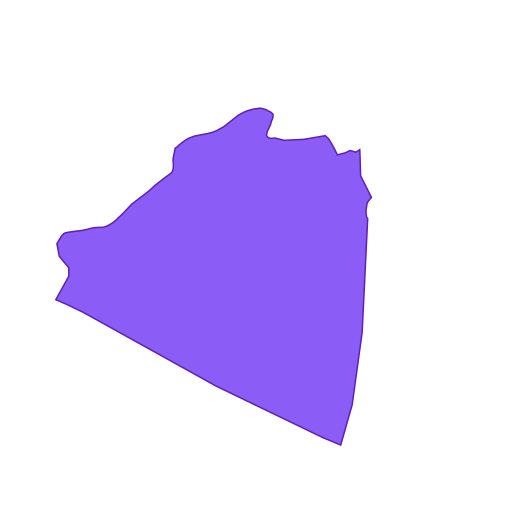 outline of Arma'a, Shabwah, Yemen, rotated 213°
{"feature_id": "15242507B99813098953418", "entity_name": "Arma'a", "entity_type": "district", "adm_level": 2, "iso_a3": "YEM", "parent_name": "Yemen", "parent_adm1": "Shabwah", "projection": "equal_earth", "projection_center": [47.238, 15.391], "detail": "fine", "context": "isolated", "style": "filled", "palette": "violet", "viewbox_px": 512, "rotation_deg": 213, "n_neighbors": 0, "source": "geoboundaries", "source_scale": "gbopen_adm2", "svg_char_len": 1740}
<svg xmlns="http://www.w3.org/2000/svg" viewBox="0 0 512 512"><g transform="rotate(213 256 256)"><path d="M82.0,143.6L94.3,183.6L125.3,249.6L182.7,348.2L184.3,348.8L186.4,351.0L188.9,354.8L191.8,361.4L191.3,366.9L191.0,367.4L191.1,368.0L191.4,368.2L212.0,380.3L223.2,396.5L226.9,401.7L228.7,397.5L234.5,395.8L237.3,391.2L242.8,385.2L245.7,386.9L248.4,388.5L251.2,390.0L253.8,391.4L256.7,392.8L259.4,394.0L262.3,394.4L263.5,394.6L279.4,379.9L295.5,368.3L304.4,365.3L304.8,364.9L307.5,362.8L310.2,361.9L312.1,362.5L312.7,362.7L313.5,364.4L314.3,366.2L314.8,370.2L315.4,374.2L316.4,377.2L317.0,380.8L318.8,384.1L321.5,384.7L324.4,384.4L327.3,384.2L327.7,384.1L330.1,383.4L333.1,382.2L335.5,380.1L337.9,378.1L340.1,375.7L342.1,373.4L344.1,370.6L345.9,367.5L347.6,364.4L348.8,360.8L350.0,357.1L351.2,353.7L352.4,349.9L353.6,346.6L355.4,343.3L357.1,340.0L359.0,337.2L361.0,334.8L363.3,332.3L365.6,330.2L367.9,327.9L370.3,325.6L372.9,323.1L374.8,320.5L376.9,317.6L378.4,314.4L379.7,310.9L380.9,307.4L381.7,304.0L382.5,302.5L381.3,299.4L380.0,296.1L378.7,292.8L376.8,289.8L374.8,287.3L373.0,284.1L372.0,280.6L373.1,277.1L374.4,273.9L375.6,270.5L376.8,267.1L378.1,263.4L379.4,259.6L380.3,255.7L381.3,252.3L382.4,248.8L383.6,245.5L384.8,242.2L386.1,238.5L387.4,234.7L388.6,231.3L389.2,227.8L389.9,223.8L390.6,220.2L391.4,216.6L392.3,213.0L393.1,209.2L394.4,205.6L396.0,202.3L397.8,199.2L400.1,196.6L402.6,195.0L405.1,193.2L407.6,191.2L409.9,188.9L412.0,186.5L414.4,184.1L416.9,181.7L419.4,179.7L421.8,177.7L424.3,175.5L426.7,173.4L429.2,170.7L430.0,166.9L429.7,157.9L420.7,148.5L406.7,144.2L402.0,137.1L400.1,110.3L389.7,112.1L370.6,114.6L218.2,125.2L175.7,130.6L100.9,140.1L82.0,143.6Z" fill="#8b5cf6" stroke="#5b21b6" stroke-width="1.5"/></g></svg>